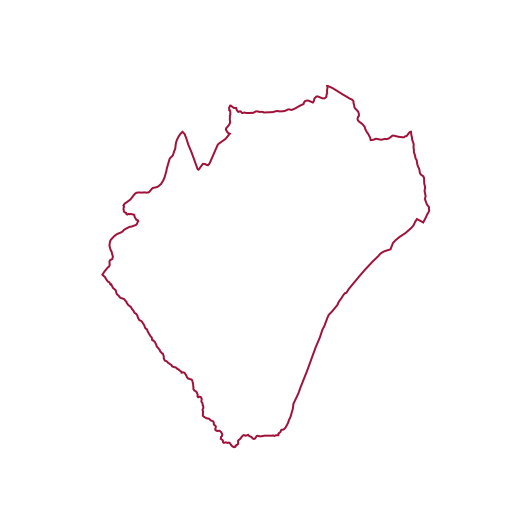 outline of Oshwe, Bandundu, Democratic Republic of the Congo, rotated 23°
{"feature_id": "63176286B4112889633509", "entity_name": "Oshwe", "entity_type": "district", "adm_level": 2, "iso_a3": "COD", "parent_name": "Democratic Republic of the Congo", "parent_adm1": "Bandundu", "projection": "robinson", "projection_center": [19.895, -3.147], "detail": "fine", "context": "isolated", "style": "outline", "palette": "rose", "viewbox_px": 512, "rotation_deg": 23, "n_neighbors": 0, "source": "geoboundaries", "source_scale": "gbopen_adm2", "svg_char_len": 6083}
<svg xmlns="http://www.w3.org/2000/svg" viewBox="0 0 512 512"><g transform="rotate(23 256 256)"><path d="M396.8,159.8L397.2,155.5L397.3,151.0L397.7,148.4L397.7,147.2L397.6,146.4L396.6,144.7L396.2,143.5L393.0,141.6L389.6,138.0L389.1,137.0L388.8,134.7L386.5,131.4L385.5,129.7L385.3,127.7L384.4,126.1L382.4,123.3L380.2,118.5L378.8,117.2L376.5,116.8L375.4,116.3L374.3,115.4L372.8,112.9L371.8,111.7L370.1,110.3L368.3,108.1L366.8,105.5L366.1,104.7L365.3,104.2L364.4,103.4L363.3,101.5L360.8,98.8L359.7,96.3L358.5,94.4L357.8,92.2L357.0,90.9L353.9,87.4L353.5,86.3L351.6,83.7L350.1,81.1L349.2,81.8L348.7,82.9L348.0,86.0L347.6,86.9L346.5,87.6L345.9,88.8L344.4,89.5L340.5,90.6L335.2,91.5L334.5,92.0L332.4,95.8L330.6,97.4L329.0,97.8L325.8,100.1L320.9,101.1L320.2,101.5L318.4,103.4L317.8,103.6L316.3,104.5L314.7,102.4L311.2,99.5L309.8,98.8L307.0,96.5L305.6,94.7L302.1,92.9L299.4,92.3L297.8,91.8L296.7,91.2L296.0,90.3L295.7,89.5L295.6,87.8L296.0,86.8L295.2,85.0L293.6,83.2L289.2,81.2L288.6,80.8L287.4,78.8L286.1,77.3L285.5,75.8L284.5,75.0L283.2,74.5L280.3,74.5L279.0,74.2L272.8,73.4L260.6,71.5L255.8,71.4L255.1,71.7L255.9,72.7L256.8,76.2L257.8,78.1L257.9,80.2L258.4,81.1L258.5,82.2L258.0,83.3L257.4,84.2L255.5,84.9L250.5,85.0L249.4,85.5L248.6,87.2L248.3,88.6L248.7,91.1L248.4,92.5L243.5,92.5L241.9,93.2L240.8,94.0L240.3,95.3L240.2,96.5L240.4,97.5L237.4,100.8L234.7,104.5L231.8,107.6L229.2,108.1L228.2,108.6L226.2,110.9L224.3,112.2L221.2,113.7L219.5,114.0L217.9,114.8L215.2,117.0L207.0,120.9L206.3,120.7L204.8,121.1L202.7,122.1L201.2,122.2L199.4,122.9L197.4,125.4L196.9,125.7L196.3,125.7L194.7,126.7L191.1,128.2L189.2,128.5L187.5,129.8L186.9,129.7L185.5,128.9L184.8,129.0L183.4,130.3L181.5,129.4L179.8,127.5L178.0,128.3L176.9,128.2L173.9,127.4L173.4,127.7L173.3,129.9L174.4,132.2L174.8,132.0L176.2,133.6L176.6,135.0L177.1,135.6L177.2,137.1L178.7,140.9L179.6,142.3L180.1,143.5L180.0,145.3L179.8,146.5L178.6,150.3L178.8,151.2L179.7,152.1L180.1,152.2L181.0,153.1L181.8,153.3L182.5,153.8L184.1,153.7L182.1,160.3L177.8,167.2L177.3,168.4L177.1,187.8L176.9,189.9L176.3,191.2L174.9,191.5L173.3,191.2L171.1,191.9L170.1,196.0L169.8,197.7L169.4,199.0L169.0,199.1L168.3,198.8L167.5,198.0L156.1,185.7L150.1,179.9L145.6,174.6L143.8,172.9L143.0,171.8L139.8,170.4L138.7,173.1L138.0,176.7L137.9,178.5L137.9,181.5L138.3,183.9L139.8,189.1L139.7,191.3L140.1,195.0L140.1,196.1L138.5,200.0L139.7,210.2L140.3,212.9L141.1,219.1L141.1,222.7L140.5,226.7L139.3,229.2L138.3,230.9L136.5,232.3L134.4,233.7L134.0,234.5L132.6,238.9L132.0,239.6L130.2,240.6L129.0,240.8L125.8,242.4L123.3,243.3L121.5,244.3L120.7,245.2L120.0,246.6L118.5,252.4L117.8,254.0L114.6,259.2L114.3,260.5L114.3,261.4L115.0,261.6L115.3,262.1L115.3,263.4L115.8,264.7L117.0,266.6L118.0,267.1L119.6,267.1L120.6,268.2L121.5,268.0L122.1,267.1L123.2,267.0L124.0,266.3L127.4,265.7L127.9,265.8L128.9,267.3L131.6,269.4L133.3,269.3L134.0,269.9L133.7,270.5L133.9,272.1L133.7,273.6L133.3,274.4L130.0,277.5L128.2,278.6L125.5,281.8L124.1,283.8L123.7,285.3L122.8,286.8L119.5,290.1L117.7,293.2L116.0,297.9L116.0,300.0L117.1,303.8L119.4,306.8L121.7,308.8L122.8,310.5L123.8,311.5L124.5,312.5L124.9,314.8L123.2,317.1L123.2,318.1L124.7,321.2L124.9,322.1L124.8,323.1L124.0,324.7L122.6,329.3L121.9,333.2L122.4,333.5L125.5,334.5L126.2,335.3L128.5,336.8L129.7,337.4L131.3,337.5L132.9,339.0L134.4,339.4L134.4,339.2L136.9,341.3L139.9,342.2L140.7,342.9L142.0,344.7L142.9,345.5L145.3,346.3L146.8,347.3L148.1,347.4L151.5,347.2L153.5,348.4L154.6,348.7L155.2,349.6L157.7,351.1L160.7,351.8L163.0,353.6L164.4,354.1L166.2,355.7L168.6,356.2L170.3,357.4L171.2,358.7L172.8,360.0L173.7,360.6L176.1,360.7L180.3,363.5L180.8,364.2L182.4,365.7L183.0,366.0L183.5,365.9L184.3,366.1L185.9,367.9L189.8,370.8L191.9,371.8L193.2,373.9L193.7,374.1L194.1,373.8L194.5,373.9L196.6,374.7L199.1,376.9L199.7,377.9L204.0,380.0L204.3,380.6L205.7,381.6L206.5,381.7L207.3,382.3L208.4,382.3L210.3,384.4L210.9,385.9L212.0,387.2L213.1,387.9L214.5,387.8L215.5,388.0L216.9,388.7L220.9,389.4L221.7,390.3L224.0,390.4L225.3,389.9L226.3,390.0L227.1,390.6L229.4,390.7L229.9,391.1L232.7,391.7L233.0,392.5L233.3,392.5L233.9,391.9L234.6,391.5L235.9,391.5L238.7,393.4L240.0,394.7L241.2,395.2L241.8,395.4L242.2,395.1L243.6,395.2L244.4,394.9L245.1,395.0L245.8,395.4L248.1,398.3L248.9,400.1L249.7,401.2L250.3,402.9L251.8,403.9L253.5,404.1L254.7,404.6L256.5,406.4L256.9,407.9L257.3,408.4L258.0,408.6L259.1,407.5L260.1,407.4L261.1,408.0L261.9,408.9L262.6,411.3L263.1,411.8L264.0,412.2L264.7,413.0L265.1,414.1L265.8,414.5L266.5,415.8L266.9,416.2L266.9,418.5L268.3,420.3L268.5,421.5L268.9,422.1L269.5,423.9L271.7,424.5L273.8,424.7L276.5,424.1L277.7,424.8L278.7,425.0L280.9,424.9L281.5,425.2L282.4,426.1L282.8,427.3L283.4,427.8L284.7,428.0L285.4,428.5L285.9,429.1L286.1,431.3L286.6,432.0L287.1,432.2L287.9,432.1L288.6,432.3L290.6,431.1L292.7,431.7L294.6,433.2L295.0,435.0L294.5,436.1L295.0,438.1L297.1,438.5L297.6,438.8L298.4,440.3L299.1,440.6L299.7,440.4L300.4,439.7L301.2,439.3L302.9,439.2L303.8,438.4L304.6,438.3L305.3,438.6L307.1,439.8L308.7,440.5L310.4,440.6L311.5,439.8L311.7,439.4L311.3,438.5L312.8,436.5L313.0,435.9L311.7,433.1L312.0,432.1L312.9,430.6L313.6,427.6L314.3,426.0L314.9,425.6L316.4,425.6L316.8,425.1L317.6,424.9L318.6,423.7L320.1,424.4L322.6,424.4L324.4,425.3L325.6,425.2L326.3,424.6L326.6,423.7L326.9,421.7L327.2,421.2L327.6,420.9L330.4,420.4L334.2,418.0L341.1,415.1L341.7,414.5L343.4,414.4L344.4,413.2L346.6,412.3L346.6,411.7L346.1,410.9L346.2,410.3L347.2,408.7L347.3,408.2L347.2,406.6L347.4,406.0L348.9,405.2L349.9,403.5L350.4,401.0L350.7,397.0L350.4,393.5L350.6,392.4L350.6,390.4L349.5,381.7L348.2,377.5L348.7,365.8L348.3,359.6L347.9,341.5L346.6,317.1L346.6,306.1L345.9,297.2L346.3,294.5L345.9,285.2L345.9,282.5L346.2,281.0L347.6,277.6L350.1,269.1L350.2,268.7L349.9,267.7L350.2,265.2L351.1,261.6L351.4,259.3L352.0,256.6L352.4,255.5L353.6,254.5L354.3,250.1L359.1,234.0L361.6,226.3L365.5,215.6L368.7,208.1L369.5,205.4L370.8,203.3L372.3,201.5L377.2,197.3L377.0,190.4L378.4,186.7L380.8,182.2L384.7,176.3L388.1,169.2L389.1,165.7L389.1,162.8L389.7,159.1L396.8,159.8Z" fill="none" stroke="#9f1239" stroke-width="2"/></g></svg>